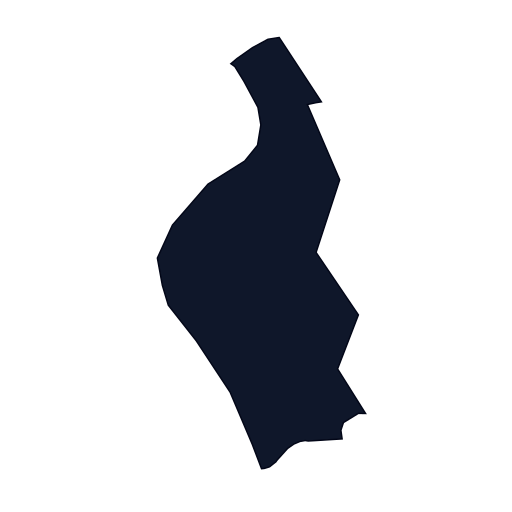 outline of London Road, Vieux Fort, Saint Lucia, rotated 258°
{"feature_id": "8701671B97252067164265", "entity_name": "London Road", "entity_type": "district", "adm_level": 2, "iso_a3": "LCA", "parent_name": "Saint Lucia", "parent_adm1": "Vieux Fort", "projection": "natural_earth1", "projection_center": [-60.943, 13.798], "detail": "fine", "context": "isolated", "style": "filled", "palette": "ink", "viewbox_px": 512, "rotation_deg": 258, "n_neighbors": 0, "source": "geoboundaries", "source_scale": "gbopen_adm2", "svg_char_len": 757}
<svg xmlns="http://www.w3.org/2000/svg" viewBox="0 0 512 512"><g transform="rotate(258 256 256)"><path d="M79.2,330.4L128.6,312.3L177.1,343.9L247.0,315.5L313.1,353.7L393.5,337.7L393.5,346.6L393.2,352.0L464.9,324.1L465.5,312.7L460.5,295.8L453.1,278.5L449.3,271.4L445.7,274.7L429.4,280.5L401.0,288.8L383.2,288.0L364.0,280.5L351.2,264.7L336.3,224.0L303.6,180.7L274.5,159.1L246.8,158.3L226.1,160.0L185.6,179.9L128.1,202.4L72.6,213.2L46.8,217.2L46.5,219.8L46.7,222.5L47.0,225.5L47.8,227.1L48.6,228.7L49.9,231.3L50.5,232.6L51.3,233.4L52.2,234.5L56.2,240.0L61.2,246.9L64.2,253.9L65.5,260.6L65.4,262.4L65.3,265.7L64.5,267.8L64.2,268.6L63.3,274.5L59.2,302.2L67.9,302.8L74.9,306.9L80.8,323.4L79.2,330.4Z" fill="#0f172a" stroke="#020617" stroke-width="1.5"/></g></svg>